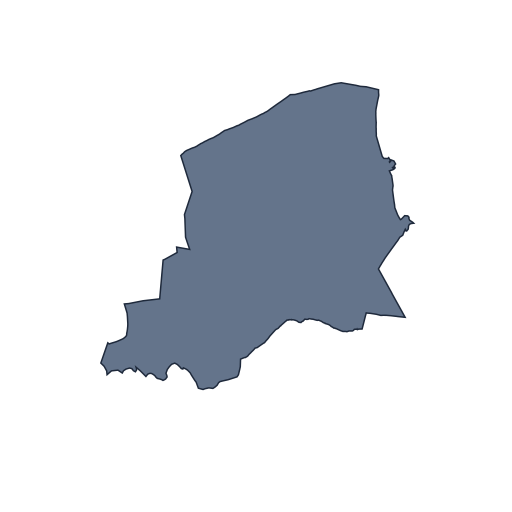 San Felipe Jalapa de Díaz, Oaxaca, Mexico (Equal Earth projection), rotated 331°
{"feature_id": "50627088B17245875602717", "entity_name": "San Felipe Jalapa de Díaz", "entity_type": "district", "adm_level": 2, "iso_a3": "MEX", "parent_name": "Mexico", "parent_adm1": "Oaxaca", "projection": "equal_earth", "projection_center": [-96.53, 18.067], "detail": "fine", "context": "isolated", "style": "filled", "palette": "slate", "viewbox_px": 512, "rotation_deg": 331, "n_neighbors": 0, "source": "geoboundaries", "source_scale": "gbopen_adm2", "svg_char_len": 5919}
<svg xmlns="http://www.w3.org/2000/svg" viewBox="0 0 512 512"><g transform="rotate(331 256 256)"><path d="M313.4,371.3L316.4,368.1L319.8,364.5L322.7,361.4L323.8,360.3L324.8,359.2L325.1,359.4L325.1,359.5L327.2,360.9L328.1,361.5L333.0,365.3L336.4,368.5L338.3,369.4L341.0,370.9L343.8,372.8L344.6,373.3L350.2,377.3L350.4,377.5L356.7,381.9L356.7,355.5L356.8,353.5L356.8,350.8L356.8,326.7L359.9,324.8L361.2,324.1L362.5,323.3L364.9,322.0L365.2,321.9L366.7,321.0L368.8,319.9L369.7,319.5L371.3,318.7L374.1,317.4L375.4,316.8L376.2,316.4L376.9,316.1L377.6,315.7L379.0,315.1L385.2,312.2L387.5,311.2L388.0,310.9L390.5,309.5L390.9,309.3L394.4,309.0L396.3,307.4L397.0,306.8L399.5,305.0L399.4,306.8L399.4,307.5L399.4,307.4L400.5,306.9L401.1,306.7L402.1,306.3L402.6,305.7L403.2,304.9L403.8,303.9L404.6,303.2L405.4,302.8L406.4,302.7L407.3,302.8L408.3,303.2L409.2,303.5L409.8,303.8L409.6,303.0L408.9,301.4L407.7,299.3L408.0,297.0L408.6,296.3L408.5,296.1L408.2,294.5L405.6,292.8L404.4,293.2L400.8,294.3L399.9,294.2L399.9,293.5L399.9,292.5L399.8,292.4L399.8,289.0L399.8,288.8L400.4,284.4L400.8,281.1L402.1,278.2L402.7,276.5L403.3,274.8L407.4,264.4L408.8,262.5L409.4,261.6L409.7,261.4L410.2,260.4L411.9,256.0L412.7,253.9L413.1,252.6L413.6,251.7L413.6,250.0L413.7,248.2L413.9,246.2L417.5,246.9L419.2,246.8L420.3,246.4L420.6,245.8L420.1,245.0L419.1,245.6L418.3,245.3L418.3,244.8L419.3,244.9L422.0,243.4L422.7,243.2L422.7,239.8L421.2,238.0L420.8,237.5L420.4,238.1L419.0,238.6L418.3,238.8L418.3,238.3L419.8,237.7L419.7,234.3L418.5,234.6L415.1,232.6L415.1,232.3L414.9,231.6L414.7,230.0L419.4,209.3L420.4,207.6L421.6,205.1L422.5,203.5L422.7,203.2L423.4,201.7L423.5,201.5L425.9,197.4L426.0,197.3L426.0,197.2L426.1,196.9L427.2,194.6L428.4,192.2L429.6,189.9L430.0,189.3L430.8,187.7L431.3,187.0L432.2,185.7L437.6,179.2L440.9,175.5L441.5,174.6L441.6,174.3L442.2,173.0L442.4,172.5L443.8,170.0L434.4,161.4L429.5,158.2L426.2,155.2L414.5,145.8L408.0,143.4L392.8,140.0L392.0,139.8L390.1,139.4L389.3,139.3L389.2,139.3L387.6,138.9L385.5,138.5L385.0,138.4L383.8,138.2L382.7,137.4L381.8,137.2L380.5,136.9L380.0,136.7L376.5,135.7L374.7,135.3L372.7,134.8L371.3,134.4L368.5,133.7L364.2,131.5L362.4,131.8L362.1,131.9L361.3,132.0L361.1,132.0L360.5,132.1L359.6,132.2L358.1,132.4L356.0,132.6L352.8,133.0L349.4,133.3L346.5,133.6L345.1,133.8L344.1,133.9L343.7,133.9L342.7,134.1L340.5,134.3L336.2,134.9L334.7,134.9L333.6,134.8L332.0,134.9L331.0,134.9L330.2,134.7L328.1,134.6L325.3,134.6L323.8,134.6L320.3,134.2L319.1,134.1L314.8,133.4L310.5,133.4L308.5,133.3L308.1,133.3L306.7,133.2L306.1,133.2L305.8,133.2L304.9,133.3L303.1,133.1L302.9,132.9L298.4,132.6L296.7,132.3L295.5,132.1L294.5,131.9L292.4,131.7L289.7,131.1L289.2,131.0L287.7,131.2L286.3,131.3L286.0,131.3L285.3,131.4L285.1,131.4L283.2,131.7L281.2,131.7L280.2,131.7L276.8,131.8L276.6,131.8L275.0,131.7L274.1,131.5L271.2,131.2L268.9,131.2L266.7,131.0L263.9,131.1L262.1,130.9L261.4,131.0L259.0,131.1L257.2,131.3L256.9,131.2L255.7,131.2L254.8,131.1L252.8,130.7L251.1,130.5L249.6,130.4L248.6,130.3L247.0,130.1L245.9,130.1L244.5,130.2L243.6,130.4L242.3,130.9L240.7,131.1L238.9,131.7L237.3,139.6L231.4,168.6L213.5,185.1L211.9,188.9L210.4,191.8L203.5,205.4L202.4,211.3L201.2,218.1L192.7,211.2L190.9,209.7L188.7,214.7L182.5,214.7L174.7,214.7L172.8,214.5L151.0,246.8L135.5,240.4L121.6,235.9L117.6,234.1L117.3,235.5L115.6,243.4L114.1,246.8L112.4,250.3L111.0,253.2L109.8,255.2L108.0,257.8L106.7,259.5L105.4,261.0L104.5,262.5L103.3,263.2L101.8,263.6L100.5,263.8L99.3,263.9L94.7,263.5L92.2,263.2L86.6,262.0L84.9,261.7L84.3,260.1L75.5,268.0L68.4,274.4L69.7,278.8L69.7,284.1L68.2,287.6L73.9,286.4L79.9,288.9L82.3,293.5L84.5,292.1L87.6,291.9L91.1,292.7L92.8,294.3L93.2,296.9L94.4,298.8L96.1,297.9L96.9,296.6L97.2,295.2L99.1,300.2L101.3,308.0L104.0,306.9L105.4,307.0L106.5,307.3L107.4,307.9L108.1,308.7L108.6,309.6L109.5,311.5L109.7,313.3L110.3,315.2L112.2,316.9L113.7,318.6L114.3,319.7L115.3,319.8L117.2,319.8L118.7,319.1L119.6,318.7L120.1,317.2L120.4,314.9L123.5,312.2L126.5,310.8L129.7,309.8L133.0,310.3L134.6,312.7L135.6,315.9L136.1,318.3L137.2,319.4L138.2,318.6L139.6,320.4L140.8,322.6L141.8,326.2L141.8,329.0L142.1,334.0L142.2,335.4L142.5,337.3L141.5,343.7L145.0,347.1L146.8,347.3L149.6,348.1L150.9,348.5L154.1,350.9L156.3,350.8L159.3,350.2L161.8,348.7L163.5,348.4L165.9,349.0L171.7,350.7L180.8,352.5L183.0,351.4L186.4,347.7L188.6,345.2L192.5,338.7L196.6,339.2L197.3,339.6L199.0,339.6L200.2,339.5L202.1,338.7L204.4,338.1L205.6,337.7L207.1,337.3L208.2,337.0L209.0,336.7L209.7,336.5L210.4,336.1L212.7,336.7L216.1,336.3L220.2,335.9L220.9,335.9L221.3,336.0L223.7,335.0L225.9,334.3L227.1,333.8L229.4,332.7L237.3,330.0L238.3,329.9L239.3,330.0L239.9,330.0L240.3,330.0L242.6,329.2L243.0,329.1L243.4,329.0L243.7,329.0L243.7,328.9L243.9,328.9L244.2,328.8L247.9,328.0L250.4,327.4L250.5,327.4L250.8,327.4L251.2,327.4L251.6,327.2L252.0,327.3L252.3,327.3L252.3,327.2L252.6,327.3L253.7,327.6L253.6,327.8L254.0,327.9L254.5,328.1L254.8,328.1L255.0,328.2L255.3,328.4L255.7,328.9L255.8,328.9L256.2,329.1L256.4,329.0L256.5,329.3L256.8,329.3L257.2,329.6L257.4,329.8L257.7,329.9L258.0,330.1L258.8,330.9L260.2,332.4L261.4,334.8L263.1,336.0L263.9,335.7L264.9,335.7L265.5,335.8L265.7,335.6L266.5,335.5L268.0,334.9L268.8,335.4L269.2,335.8L270.8,336.6L272.0,336.5L274.5,338.5L274.8,338.6L275.3,339.0L275.9,339.6L277.2,340.9L278.3,341.9L279.1,342.3L279.4,342.3L279.7,342.5L281.5,344.8L282.2,346.1L282.6,347.0L283.8,348.1L283.7,348.5L285.8,350.6L286.7,351.8L287.3,353.0L287.5,353.8L287.6,354.2L288.3,355.1L288.8,356.1L289.1,356.8L290.0,357.3L290.1,357.5L290.3,357.9L290.8,358.2L292.4,360.4L293.6,362.0L293.8,362.3L295.4,364.1L297.4,365.2L298.0,365.6L298.7,366.2L299.3,366.4L300.7,366.6L301.3,366.8L301.8,367.1L302.0,367.2L303.9,368.3L304.2,368.3L305.2,368.3L306.4,367.8L306.9,368.0L307.2,368.1L308.3,368.7L308.8,369.2L308.9,369.3L309.0,369.2L309.0,369.5L310.3,369.7L311.9,370.5L313.4,371.3Z" fill="#64748b" stroke="#1e293b" stroke-width="1.5"/></g></svg>